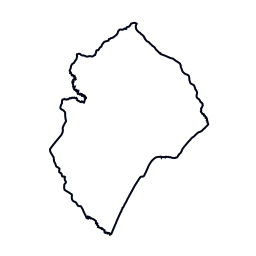 Uato-Lari, Viqueque, East Timor (Robinson projection), rotated 353°
{"feature_id": "22284137B41938791268987", "entity_name": "Uato-Lari", "entity_type": "district", "adm_level": 2, "iso_a3": "TLS", "parent_name": "East Timor", "parent_adm1": "Viqueque", "projection": "robinson", "projection_center": [126.552, -8.764], "detail": "fine", "context": "isolated", "style": "outline", "palette": "ink", "viewbox_px": 256, "rotation_deg": 353, "n_neighbors": 0, "source": "geoboundaries", "source_scale": "gbopen_adm2", "svg_char_len": 5660}
<svg xmlns="http://www.w3.org/2000/svg" viewBox="0 0 256 256"><g transform="rotate(353 128 128)"><path d="M149.3,25.6L148.4,24.8L148.0,24.6L146.3,24.3L145.2,24.5L143.7,25.0L142.8,26.2L141.6,27.4L140.1,27.7L139.3,27.7L138.7,28.1L138.4,29.4L138.0,29.5L136.7,28.9L135.4,29.6L134.6,29.8L132.2,29.3L131.6,29.4L130.1,30.7L129.3,32.6L128.0,34.1L124.4,36.3L122.5,36.8L122.0,36.7L121.1,37.3L120.2,37.3L119.8,37.6L119.3,38.9L118.3,39.1L117.4,39.1L116.9,39.3L115.7,39.4L114.4,40.0L112.1,42.5L111.6,43.9L110.0,44.7L108.0,47.1L107.5,47.2L107.1,47.0L106.7,47.0L106.0,47.4L105.4,49.4L104.7,50.4L104.3,51.5L102.9,51.9L102.4,52.4L100.8,52.7L100.0,52.3L98.3,51.9L97.6,52.1L95.9,52.2L92.7,50.5L91.5,50.5L90.2,49.6L89.6,48.8L89.2,48.5L88.1,48.3L87.0,48.6L86.5,48.5L86.1,49.2L86.2,50.9L85.2,53.4L83.7,54.9L82.4,56.7L80.3,57.8L79.4,58.9L79.1,59.3L78.5,61.5L77.0,64.1L77.6,65.0L77.3,66.3L78.1,66.3L78.3,66.8L78.6,68.9L78.9,69.0L79.3,68.9L79.5,68.7L79.8,68.8L80.2,69.2L80.4,70.5L81.0,70.6L81.4,70.3L81.6,71.6L81.9,71.7L82.0,72.1L81.6,73.0L81.9,73.4L81.6,73.6L81.0,73.4L80.3,72.9L79.8,73.1L79.5,73.4L79.4,73.8L79.6,74.8L78.5,75.0L78.3,75.5L78.5,75.9L79.1,76.3L78.4,77.0L78.9,78.7L78.9,79.2L78.5,80.1L79.0,80.8L79.3,80.9L80.1,80.7L79.8,81.3L78.9,81.6L79.0,82.4L79.6,83.6L80.3,83.8L80.9,83.6L81.2,83.7L80.8,84.5L81.0,85.0L81.6,85.7L82.0,85.8L82.3,85.6L82.6,85.0L82.9,84.8L83.3,84.9L83.2,85.3L82.3,87.5L82.3,87.9L82.5,88.2L83.7,88.1L84.1,88.9L84.7,89.1L85.1,89.0L85.5,88.3L86.1,88.6L86.3,88.7L86.3,89.1L86.0,89.5L86.1,90.4L87.3,90.8L87.5,90.5L87.7,89.9L88.9,90.6L89.2,91.4L88.6,92.2L88.6,92.7L89.1,93.0L89.7,92.8L90.0,92.8L90.0,93.2L89.1,93.9L88.4,95.1L87.5,97.4L87.1,97.4L85.4,95.9L84.5,96.6L83.8,96.3L82.6,95.3L81.3,94.6L80.9,94.2L81.1,93.3L80.4,91.8L79.3,92.1L78.3,91.2L77.2,91.5L76.8,91.4L76.4,91.1L75.8,91.1L74.8,91.7L74.0,91.2L72.1,92.3L71.8,92.3L71.4,92.0L71.0,92.0L70.3,92.3L69.8,92.2L68.4,91.4L68.1,91.8L66.5,91.8L66.2,92.1L65.7,93.4L65.6,95.1L64.2,97.3L63.8,98.1L63.4,99.5L63.4,100.4L64.2,101.4L65.7,102.4L66.5,103.2L67.3,104.5L67.5,105.1L67.2,107.1L67.1,110.8L67.3,113.3L67.1,114.0L64.8,117.1L63.5,119.2L63.1,120.5L63.1,122.5L62.8,123.4L62.4,124.6L61.0,126.8L54.6,132.8L50.2,137.1L48.0,139.5L47.9,141.2L48.3,143.0L50.6,148.0L50.6,152.3L51.3,153.9L52.0,157.0L52.2,157.5L54.3,159.1L55.1,160.4L54.5,161.6L54.6,162.0L54.3,163.1L54.4,163.5L56.2,164.9L56.4,165.1L56.6,167.2L56.7,167.7L57.0,168.1L57.6,168.3L58.3,168.2L58.9,168.5L59.5,169.0L59.0,169.7L59.1,170.6L58.9,171.4L59.4,173.0L59.8,173.6L59.6,174.7L58.0,176.2L57.8,176.8L57.3,179.7L57.5,181.5L58.3,182.4L60.9,184.4L64.1,187.1L64.2,187.9L63.7,189.8L63.7,190.7L63.8,192.3L64.0,192.7L64.6,193.7L65.1,194.2L67.0,195.3L67.4,195.9L68.3,197.7L68.7,198.9L69.7,199.5L70.2,199.7L71.4,199.8L71.8,200.1L73.2,203.3L73.5,204.8L75.6,210.9L75.9,212.2L76.6,212.6L77.5,211.0L77.8,211.2L77.9,211.6L77.6,212.6L77.7,212.9L78.1,212.7L78.3,211.9L78.9,211.7L79.2,211.9L79.9,212.7L79.8,213.0L80.0,213.3L80.7,213.2L83.5,215.0L83.8,215.5L84.8,216.4L84.6,218.4L85.1,218.4L85.6,218.6L85.9,219.0L85.7,219.4L85.2,219.6L85.3,220.1L85.7,220.2L85.8,220.7L86.0,221.1L86.5,221.4L86.6,221.7L86.4,222.4L86.2,222.7L86.5,222.9L87.0,223.0L88.1,223.8L88.8,223.9L89.1,224.1L89.1,224.4L89.4,224.7L89.9,224.3L90.3,224.8L90.3,225.3L90.8,225.4L91.4,226.1L92.2,226.5L92.3,227.0L92.1,227.7L91.9,228.1L92.1,228.9L93.0,229.4L93.6,229.0L94.1,229.1L94.3,229.4L94.6,230.2L95.0,230.3L95.2,229.8L95.6,229.7L96.6,230.0L97.0,230.4L97.2,231.7L97.5,231.6L98.5,231.0L99.0,230.3L103.3,222.8L104.4,221.1L105.2,219.4L110.2,211.1L111.3,209.7L111.7,208.6L112.6,207.4L112.7,206.7L113.2,206.5L114.1,205.5L115.3,203.5L117.0,201.3L118.8,198.5L127.9,185.8L133.8,178.7L134.5,178.2L135.1,177.9L137.1,178.0L137.6,177.8L138.3,177.2L138.9,176.1L140.2,174.3L144.2,167.5L146.7,164.4L148.1,163.1L150.8,161.2L152.4,160.5L155.0,160.4L155.7,160.5L157.0,160.4L157.3,160.5L157.5,161.1L157.6,160.9L157.8,160.8L159.1,161.1L159.4,161.3L160.2,161.2L161.8,161.4L161.8,161.6L162.0,161.5L161.9,161.2L162.3,161.1L163.4,161.5L164.7,161.6L165.2,162.0L166.7,162.2L167.9,162.9L169.7,163.3L171.0,163.5L171.8,163.2L172.4,163.3L172.9,163.2L173.6,162.6L174.6,161.4L175.0,161.1L175.0,160.7L175.5,160.2L176.6,159.6L177.2,159.1L178.2,157.8L179.5,155.5L181.3,153.6L186.0,149.2L188.0,147.6L189.6,146.1L190.6,145.3L192.1,144.7L194.2,143.0L197.3,140.9L199.4,140.5L200.9,139.9L203.2,138.0L203.9,137.7L204.4,137.2L207.6,134.7L208.1,133.8L208.1,133.2L207.8,132.8L207.5,132.2L207.7,131.4L207.7,131.0L207.6,130.6L207.1,130.2L207.5,129.5L207.3,128.8L207.4,128.3L207.2,128.0L206.6,127.6L206.9,127.3L207.0,126.9L206.8,126.7L206.2,126.6L206.1,125.9L205.8,125.2L204.9,124.9L205.0,123.7L204.7,123.3L204.0,123.4L203.5,123.0L203.0,121.6L202.3,120.8L202.4,120.0L202.7,119.8L202.9,119.0L202.9,117.4L203.9,116.7L204.3,115.6L204.5,115.3L204.8,115.1L205.0,114.6L204.8,113.7L205.0,113.3L204.9,112.9L204.4,112.0L203.9,111.8L203.5,111.1L202.9,110.6L202.8,109.9L202.3,108.6L201.6,107.7L200.5,106.9L200.0,105.8L199.9,104.5L200.3,103.1L200.9,101.8L200.9,100.9L200.2,98.7L199.4,97.5L199.5,97.2L199.5,96.7L198.7,93.7L198.0,93.1L196.0,91.8L195.3,90.7L195.1,89.8L194.8,87.7L194.9,84.5L194.6,83.4L194.3,83.0L193.2,82.3L191.4,81.3L190.8,80.8L189.4,79.2L188.8,77.9L188.4,75.7L187.8,73.7L187.8,72.9L188.0,72.1L187.8,71.7L187.5,70.6L187.0,69.9L183.6,67.1L181.3,64.8L178.1,63.4L173.7,60.8L170.0,58.9L169.6,58.6L169.4,58.0L169.1,58.2L165.7,54.0L164.9,52.7L164.3,51.3L164.0,50.9L162.0,49.2L161.6,48.4L159.7,46.3L159.3,45.5L157.4,44.2L156.6,43.2L155.9,41.9L155.5,40.4L155.3,40.0L155.2,40.2L154.8,39.1L153.7,37.5L152.5,36.4L151.5,35.0L150.5,34.3L148.9,32.3L148.6,31.6L148.1,30.5L148.1,27.8L148.4,27.1L149.3,25.6Z" fill="none" stroke="#020617" stroke-width="2"/></g></svg>